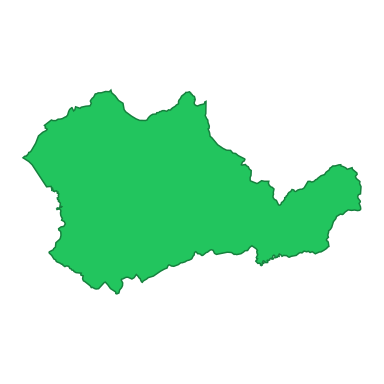 the district of Thong Saen Khan, Uttaradit, Thailand
{"feature_id": "78962969B33216342014207", "entity_name": "Thong Saen Khan", "entity_type": "district", "adm_level": 2, "iso_a3": "THA", "parent_name": "Thailand", "parent_adm1": "Uttaradit", "projection": "mercator", "projection_center": [100.412, 17.497], "detail": "fine", "context": "isolated", "style": "filled", "palette": "green", "viewbox_px": 384, "rotation_deg": 0, "n_neighbors": 0, "source": "geoboundaries", "source_scale": "gbopen_adm2", "svg_char_len": 5960}
<svg xmlns="http://www.w3.org/2000/svg" viewBox="0 0 384 384"><path d="M360.5,193.9L361.0,186.6L359.6,183.7L359.9,181.5L356.3,178.5L355.5,176.6L355.7,175.9L357.1,174.4L356.9,173.0L352.5,169.3L352.1,167.7L347.2,169.3L345.7,167.8L342.5,166.3L341.1,166.1L340.8,164.7L338.7,164.9L335.3,165.9L332.7,166.0L331.2,167.4L330.0,168.0L329.3,169.8L326.1,172.2L324.5,174.6L321.1,175.7L317.5,178.5L317.0,179.3L315.7,179.7L313.9,181.4L311.7,182.1L310.1,181.3L308.0,181.4L304.2,187.8L302.2,189.2L300.0,189.3L297.6,190.1L296.2,191.3L295.4,191.5L294.4,191.2L293.8,190.0L292.0,189.5L290.7,191.5L289.0,192.4L287.9,193.8L287.4,195.2L286.2,196.1L286.0,197.0L284.7,197.7L284.7,199.6L283.8,200.3L283.0,201.6L281.5,202.5L281.2,203.8L280.3,204.9L279.6,205.2L278.5,204.8L276.4,200.4L274.4,199.4L273.1,197.5L273.0,195.9L273.5,194.4L273.3,192.4L274.0,189.0L272.2,187.3L271.2,187.1L269.3,185.4L268.4,183.2L268.8,181.3L264.5,181.3L261.6,180.7L258.0,183.1L256.9,183.5L250.5,180.9L250.2,180.3L250.1,177.6L251.0,175.4L251.2,170.5L249.4,169.2L248.3,166.8L246.5,165.8L245.4,164.5L242.0,165.1L241.3,164.8L242.5,162.0L244.3,160.9L244.9,159.3L244.7,158.9L238.2,155.6L235.7,153.5L232.8,153.1L230.6,150.4L226.6,150.2L223.0,148.4L217.7,144.8L212.0,137.9L210.1,136.3L209.5,132.5L208.1,128.9L209.1,128.2L209.3,126.1L208.0,122.5L207.8,120.1L206.6,118.5L205.2,115.5L205.8,113.6L206.0,101.4L204.8,102.0L204.5,103.5L203.7,104.1L200.3,104.8L197.5,106.0L195.5,105.3L194.5,104.2L194.1,102.9L195.1,99.9L194.6,99.4L195.1,99.1L194.4,96.5L192.7,95.6L192.0,94.4L191.2,94.1L191.0,93.2L190.3,93.0L190.2,92.4L189.4,91.8L187.4,92.4L185.8,92.4L185.2,93.3L181.6,96.1L180.4,98.5L179.0,100.1L178.5,101.5L178.5,103.8L176.2,105.1L175.6,106.0L172.4,108.0L172.2,108.5L171.5,108.6L170.7,109.9L170.0,110.1L168.7,109.8L166.6,111.3L164.3,110.6L162.2,110.7L161.0,111.5L159.9,111.6L158.6,112.6L156.8,112.7L156.1,114.0L152.7,114.3L150.5,115.6L148.5,117.6L147.0,120.0L145.6,120.5L139.7,120.4L136.1,118.9L131.6,116.2L125.8,111.9L124.1,109.6L123.0,103.3L118.5,100.4L115.3,96.0L111.6,92.7L110.9,90.1L109.3,91.7L105.6,91.5L101.3,92.8L98.1,92.9L96.5,93.8L95.3,93.9L93.6,97.2L92.2,98.3L90.5,100.6L90.4,101.4L91.3,103.2L90.1,105.8L85.9,106.2L81.2,107.2L80.1,108.3L75.6,106.8L74.8,109.9L73.6,110.9L72.0,107.7L71.7,107.7L69.7,109.4L68.7,111.4L67.6,115.1L66.0,116.9L65.4,116.9L62.3,118.6L60.2,119.1L58.0,119.2L55.9,120.6L52.9,120.6L51.4,120.0L44.4,125.4L45.4,126.5L45.2,128.0L46.9,128.8L47.2,129.3L46.1,130.6L42.7,132.3L38.5,135.9L35.7,143.2L31.2,150.9L29.8,152.2L28.7,152.5L28.5,153.5L27.1,155.4L26.5,155.5L26.4,156.1L24.6,156.3L23.0,157.8L28.8,161.5L32.1,164.7L46.6,186.8L51.1,186.4L51.6,188.4L52.1,187.9L52.5,188.2L51.8,189.1L51.8,190.2L52.9,189.8L53.3,191.2L53.9,191.0L54.6,191.6L55.4,191.0L56.6,190.9L57.2,192.3L57.8,192.2L57.5,193.3L58.4,193.4L58.8,193.9L58.3,195.4L58.6,196.9L58.1,197.7L57.3,197.9L57.6,199.4L58.8,200.0L58.9,200.9L58.4,201.1L58.5,201.5L59.0,201.6L60.4,203.1L59.9,206.7L61.1,206.3L61.9,206.7L61.3,207.3L60.4,207.4L59.1,208.1L57.4,207.9L57.1,207.5L57.3,208.5L56.7,208.9L57.0,209.5L59.4,208.9L60.6,209.9L60.9,211.1L60.5,212.8L60.7,215.1L61.3,216.7L62.3,218.3L61.6,220.2L64.2,221.5L65.3,223.9L63.8,226.4L61.0,226.9L58.6,228.7L58.8,230.0L60.5,231.3L60.8,232.3L61.0,235.3L60.3,238.3L59.7,239.3L55.9,242.7L55.4,247.2L53.7,248.6L53.3,249.7L49.4,251.8L49.1,252.2L49.3,253.1L51.7,255.4L54.0,259.1L55.6,259.8L56.2,261.3L57.0,261.9L60.0,263.1L61.6,264.2L62.6,264.3L63.0,265.3L64.9,266.6L66.5,265.9L68.7,266.3L69.9,268.5L71.1,268.8L71.6,269.9L73.4,270.4L74.0,271.5L76.0,272.6L81.2,273.2L80.8,274.2L81.0,275.2L83.1,275.8L82.6,278.8L83.4,280.8L85.0,281.7L90.2,285.8L91.3,287.6L92.3,287.3L94.7,288.6L96.1,289.0L98.6,288.7L104.2,282.6L105.3,282.1L107.8,284.8L110.5,288.6L115.3,291.7L115.8,292.3L115.8,293.5L116.8,293.9L118.9,293.0L119.7,289.8L121.5,287.8L122.5,285.7L122.7,282.9L121.2,280.0L121.7,279.1L122.6,279.0L125.8,277.4L127.1,277.2L128.1,277.3L131.9,279.0L134.2,277.6L136.3,274.5L138.1,276.3L139.2,278.0L140.2,278.6L140.4,279.5L141.5,281.8L142.3,282.3L143.4,280.9L146.7,279.0L148.3,277.6L153.4,276.1L160.5,271.2L164.7,268.9L167.0,268.1L168.0,265.7L168.7,265.0L169.4,264.9L171.4,266.0L173.8,266.3L178.4,264.6L180.7,262.8L182.4,262.7L185.2,261.8L186.8,260.7L189.2,260.1L191.3,259.1L191.9,258.6L193.1,256.1L194.1,255.1L194.5,252.7L195.6,251.7L196.3,252.0L197.7,253.7L198.9,253.7L200.6,254.2L201.2,255.1L202.0,255.5L203.0,255.2L206.1,252.6L207.6,252.1L210.0,250.2L211.2,249.7L213.1,250.3L214.5,253.3L216.4,254.4L227.4,252.2L231.5,252.5L234.1,254.4L235.2,254.2L236.7,254.6L241.0,253.7L243.6,252.0L244.8,250.8L247.6,250.5L249.6,247.5L251.9,245.8L256.1,248.7L257.4,250.4L256.9,251.0L256.8,251.9L257.2,253.9L257.7,254.2L257.6,255.1L256.3,257.5L256.7,258.3L257.3,258.7L256.9,258.9L257.1,259.4L256.9,260.2L256.2,260.4L255.8,261.2L257.9,263.4L259.3,263.2L260.4,263.7L260.5,265.0L261.2,265.6L262.1,265.2L262.1,264.2L263.9,263.0L262.5,262.4L263.3,260.8L264.5,261.3L265.7,262.6L267.6,262.5L267.8,261.6L267.2,260.4L267.9,260.1L268.5,260.4L269.6,260.0L269.9,259.0L271.4,258.1L271.7,258.2L272.0,259.2L273.2,259.0L273.4,258.5L272.8,257.8L272.8,256.8L273.0,255.8L273.6,255.2L274.4,255.3L274.8,255.9L275.0,256.7L274.7,257.6L275.0,257.8L277.2,257.2L277.2,256.4L279.1,256.5L279.3,256.1L278.6,255.2L279.3,254.0L281.1,255.0L282.0,256.3L283.9,255.3L284.9,255.6L286.4,255.5L288.5,257.0L289.4,257.2L291.2,256.3L296.2,255.4L299.2,253.0L300.4,252.6L302.0,252.9L304.1,251.1L306.6,251.8L308.5,251.3L310.1,252.5L312.3,251.7L315.3,253.8L319.3,252.0L321.0,251.9L324.0,250.2L326.7,248.4L327.5,247.2L328.9,246.5L328.3,242.3L327.8,241.3L326.7,240.7L326.4,239.9L327.0,238.7L328.4,237.3L327.8,235.2L328.7,231.8L328.6,230.8L330.3,229.5L331.7,227.3L333.4,221.7L335.8,218.7L336.5,216.5L340.4,214.1L342.3,214.5L343.1,214.2L345.3,211.9L348.2,209.9L351.6,210.4L354.5,210.0L357.6,210.6L359.5,210.3L360.5,209.6L360.7,208.8L360.5,206.9L359.1,203.3L360.1,202.2L360.3,201.2L358.0,198.1L357.7,196.4L358.4,194.7L360.5,193.9Z" fill="#22c55e" stroke="#15803d" stroke-width="1.5"/></svg>